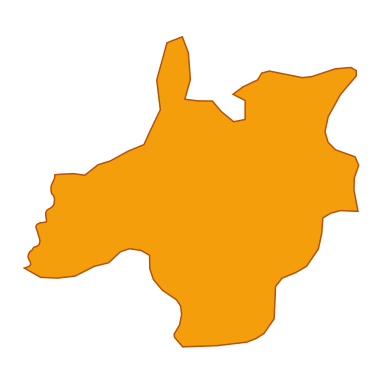 outline of Vagharshapat, Armavir, Armenia, rotated 91°
{"feature_id": "60910142B34420650241433", "entity_name": "Vagharshapat", "entity_type": "district", "adm_level": 2, "iso_a3": "ARM", "parent_name": "Armenia", "parent_adm1": "Armavir", "projection": "mercator", "projection_center": [44.272, 40.151], "detail": "fine", "context": "isolated", "style": "filled", "palette": "amber", "viewbox_px": 384, "rotation_deg": 91, "n_neighbors": 0, "source": "geoboundaries", "source_scale": "gbopen_adm2", "svg_char_len": 1589}
<svg xmlns="http://www.w3.org/2000/svg" viewBox="0 0 384 384"><g transform="rotate(91 192 192)"><path d="M78.8,128.4L85.9,142.8L93.6,152.7L99.6,140.4L118.6,140.2L121.0,151.6L111.2,164.0L100.7,173.2L100.8,187.8L99.4,200.8L79.5,195.6L52.9,198.1L37.0,204.4L43.2,219.6L60.8,224.1L80.6,229.2L110.3,225.1L133.2,235.6L145.4,240.8L152.4,256.8L162.4,274.3L166.4,286.5L177.1,299.4L175.7,310.8L176.5,323.1L177.1,329.4L177.6,329.4L181.3,329.8L183.7,330.9L186.7,332.3L189.4,333.1L192.8,333.0L195.9,332.3L198.1,330.4L200.2,329.5L202.6,329.4L207.1,329.8L209.3,331.7L210.7,333.5L211.9,335.6L213.5,337.2L215.2,337.8L218.3,337.8L222.6,337.0L224.4,337.1L225.2,341.1L225.5,343.4L226.9,346.1L228.2,347.1L229.9,347.5L231.6,346.9L234.5,345.7L238.5,344.6L241.1,343.6L244.1,343.2L247.2,344.0L248.7,345.6L249.5,347.5L250.1,349.2L252.8,350.9L254.8,353.3L256.9,354.3L259.4,354.8L261.8,354.2L264.7,352.5L267.1,351.9L269.2,353.5L270.1,355.9L271.0,358.3L280.0,341.8L280.4,324.8L278.1,307.4L268.0,288.4L264.2,274.1L253.0,262.6L249.8,253.6L251.3,241.9L256.0,233.4L269.7,232.8L280.2,229.0L290.7,219.9L300.1,205.6L306.4,201.3L314.8,200.2L325.4,202.2L334.4,207.4L337.6,206.9L347.0,198.6L345.2,164.2L341.1,134.4L337.2,125.1L332.2,117.6L317.4,107.7L285.1,106.8L276.6,100.5L270.7,86.8L264.3,76.2L246.8,64.7L231.4,61.6L215.6,60.7L210.7,52.8L208.0,43.2L208.4,25.7L187.3,30.1L175.1,30.0L162.4,25.8L154.0,29.6L147.3,49.3L139.9,56.8L129.4,60.1L114.1,57.1L91.7,45.1L73.1,29.8L67.8,29.9L64.7,35.2L66.4,51.1L74.6,74.4L75.7,83.9L72.2,103.1L69.7,116.9L71.9,124.3L78.8,128.4Z" fill="#f59e0b" stroke="#b45309" stroke-width="1.5"/></g></svg>